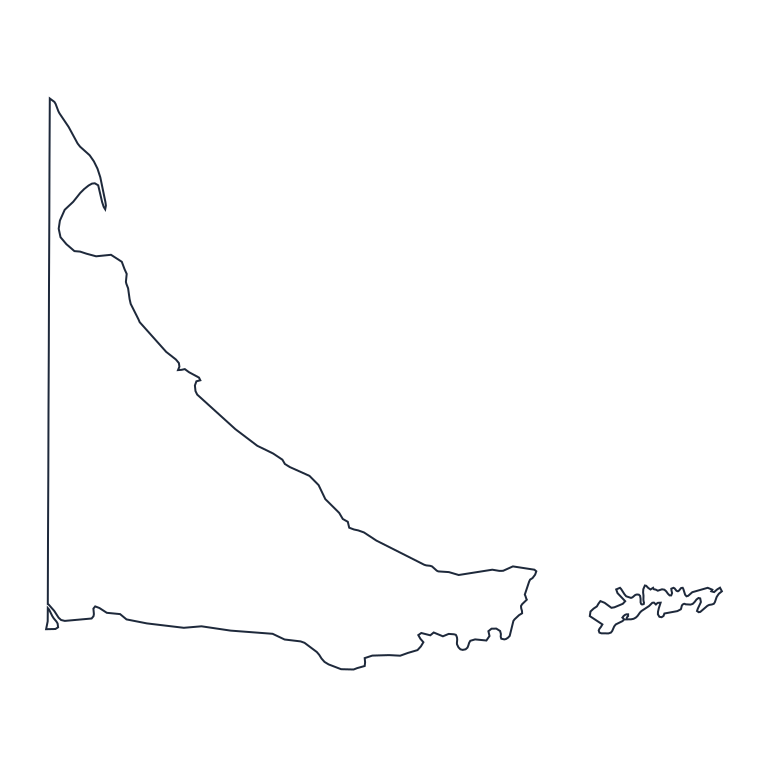 SVG path tracing the border of Tierra del Fuego
{"feature_id": "ARG-1272", "entity_name": "Tierra del Fuego", "entity_type": "National Territory", "adm_level": 1, "iso_a3": "ARG", "parent_name": "Argentina", "parent_adm1": "", "projection": "mercator", "projection_center": [-65.869, -53.846], "detail": "fine", "context": "isolated", "style": "outline", "palette": "slate", "viewbox_px": 768, "rotation_deg": 0, "n_neighbors": 0, "source": "natural_earth", "source_scale": "10m", "svg_char_len": 4270}
<svg xmlns="http://www.w3.org/2000/svg" viewBox="0 0 768 768"><path d="M47.8,604.1L48.0,539.4L48.3,475.2L48.5,411.4L48.8,348.0L49.0,285.0L49.3,222.5L49.5,160.3L49.8,98.5L54.4,101.9L55.6,103.9L58.4,111.3L59.5,113.4L68.6,126.9L77.6,143.5L80.1,146.7L89.7,155.3L93.9,161.4L97.5,168.7L100.3,177.3L105.4,202.0L105.9,205.6L105.2,209.3L103.7,206.9L102.1,202.0L98.2,185.3L94.8,183.3L92.0,183.6L88.6,185.5L84.2,189.0L80.2,193.0L73.2,201.8L64.7,209.8L59.9,220.6L58.7,228.7L60.5,237.2L66.4,244.2L74.4,251.1L80.1,251.6L86.5,253.7L96.1,256.3L111.0,254.8L121.8,261.8L124.6,269.3L126.7,273.9L125.9,281.9L126.4,283.9L128.1,288.3L129.6,299.1L130.7,303.9L138.4,319.2L139.7,322.2L166.2,351.9L175.9,359.5L178.9,363.1L179.4,366.7L178.0,370.1L181.7,369.8L184.8,369.1L189.0,372.2L199.0,377.6L200.3,380.3L196.4,381.3L194.9,385.5L195.5,391.1L197.2,394.6L235.4,429.2L257.3,445.8L273.1,453.5L282.4,459.7L284.9,464.0L289.9,467.1L309.5,475.9L318.6,485.1L325.3,499.1L339.2,512.9L342.8,519.0L347.8,521.8L349.2,527.7L354.0,529.5L358.2,530.4L363.9,532.4L376.4,540.6L424.3,564.8L426.3,565.4L430.1,565.8L432.0,566.4L436.8,570.7L438.3,571.4L448.9,572.1L458.7,575.0L492.3,569.7L499.4,570.9L503.1,570.8L512.9,566.4L534.4,569.7L536.3,571.3L535.1,574.7L532.5,578.1L530.1,579.6L529.1,581.7L524.8,594.6L525.4,595.9L526.2,598.4L526.8,599.7L522.1,604.2L521.0,606.0L521.2,608.3L522.0,611.0L522.1,613.3L519.1,615.1L514.6,619.3L513.4,620.9L509.7,635.9L508.0,637.7L506.0,639.0L504.3,639.4L501.3,638.7L500.7,636.7L500.9,634.0L500.1,631.0L496.3,628.6L491.5,628.7L488.4,631.2L489.5,636.0L486.4,640.5L475.1,639.4L470.3,640.8L469.1,642.9L468.4,645.3L467.5,647.6L465.6,649.3L462.7,649.9L460.4,649.3L458.5,647.4L457.0,644.3L456.9,643.1L457.2,639.6L457.0,637.6L456.5,636.1L455.8,634.8L454.0,634.3L451.4,634.1L448.7,633.9L442.9,636.3L433.7,632.5L430.3,635.3L421.3,633.0L418.3,635.1L420.4,638.8L423.4,642.2L420.9,646.4L417.5,650.1L408.0,652.9L400.2,655.7L389.1,655.1L372.3,655.6L364.7,658.1L365.1,662.3L364.7,666.0L357.2,668.1L353.6,669.5L341.1,669.2L328.6,664.4L324.5,661.9L321.5,658.5L319.2,654.8L316.8,652.0L304.5,642.8L300.6,641.4L284.6,639.5L272.6,633.8L230.5,630.6L201.5,626.3L183.8,627.8L146.9,623.4L126.5,619.4L120.1,614.1L106.8,612.8L99.4,608.0L95.2,606.4L93.4,608.6L93.9,614.1L93.5,616.2L91.6,618.5L64.8,620.9L61.1,620.0L58.6,617.7L54.3,611.0L48.6,604.5L47.8,604.1ZM711.3,591.3L714.1,592.1L717.2,589.4L720.0,587.7L721.9,591.3L718.9,593.7L717.8,595.2L716.6,597.1L714.9,602.1L713.8,603.8L711.8,604.5L709.2,604.9L707.4,605.8L700.3,611.9L698.7,612.2L697.0,611.0L697.8,608.7L700.3,603.4L700.9,602.0L700.2,598.4L698.5,598.0L696.5,599.5L694.6,602.0L692.7,603.9L690.5,604.6L685.5,604.3L684.9,603.9L684.1,603.8L682.7,604.5L681.9,605.5L681.5,606.9L681.2,608.3L680.8,609.3L677.4,611.1L664.4,613.5L663.5,616.0L661.6,617.2L659.4,616.8L657.9,614.3L658.0,611.7L658.8,608.3L660.6,602.7L658.0,602.8L657.0,603.4L655.9,604.5L653.9,602.6L652.3,602.8L649.1,606.0L641.5,611.0L640.0,612.5L637.5,616.0L635.8,617.6L633.6,618.8L631.1,619.3L626.2,619.4L626.6,618.4L626.9,617.6L627.3,616.9L628.1,616.1L628.1,614.3L626.5,614.3L625.0,614.9L623.6,616.0L622.4,617.6L622.9,618.0L624.2,619.4L622.5,621.1L615.8,624.4L614.2,626.4L612.2,631.0L610.9,632.6L608.5,633.4L601.3,633.3L599.4,632.6L598.7,630.5L599.5,628.7L601.0,626.8L602.4,624.4L589.8,616.1L590.5,611.5L593.6,608.6L596.9,606.4L598.5,603.6L600.4,601.1L604.6,602.8L611.4,607.8L614.4,607.3L622.8,603.8L625.2,601.2L617.5,593.1L616.2,589.4L620.0,587.8L621.1,589.0L624.5,594.3L626.2,596.3L631.0,597.9L632.5,597.3L635.1,595.1L636.3,594.6L637.5,594.5L638.9,594.7L640.1,595.9L640.6,598.8L640.6,602.4L641.1,603.9L642.0,604.5L643.7,604.1L644.0,602.8L643.6,601.3L643.4,599.7L643.5,595.7L643.1,592.4L643.3,589.2L644.9,585.5L646.2,585.8L648.2,587.9L650.5,589.5L653.1,587.8L653.7,589.1L654.3,589.4L655.0,589.4L655.9,589.7L657.8,590.7L662.0,589.3L664.4,589.7L666.2,591.3L667.9,593.7L669.6,595.4L671.2,595.4L672.1,593.1L671.5,590.6L671.3,588.7L673.5,587.8L674.6,588.4L676.5,590.8L677.9,591.3L679.0,590.6L680.1,589.2L681.2,588.0L682.7,587.8L683.4,589.2L685.1,594.7L686.5,596.3L688.2,595.8L692.3,592.2L707.7,587.8L712.3,589.7L711.3,591.3ZM46.1,629.2L47.7,621.3L47.8,608.1L49.1,609.6L52.3,616.1L53.7,618.3L56.4,621.5L57.6,623.5L58.1,627.3L55.4,629.0L46.1,629.2Z" fill="none" stroke="#1e293b" stroke-width="2"/></svg>